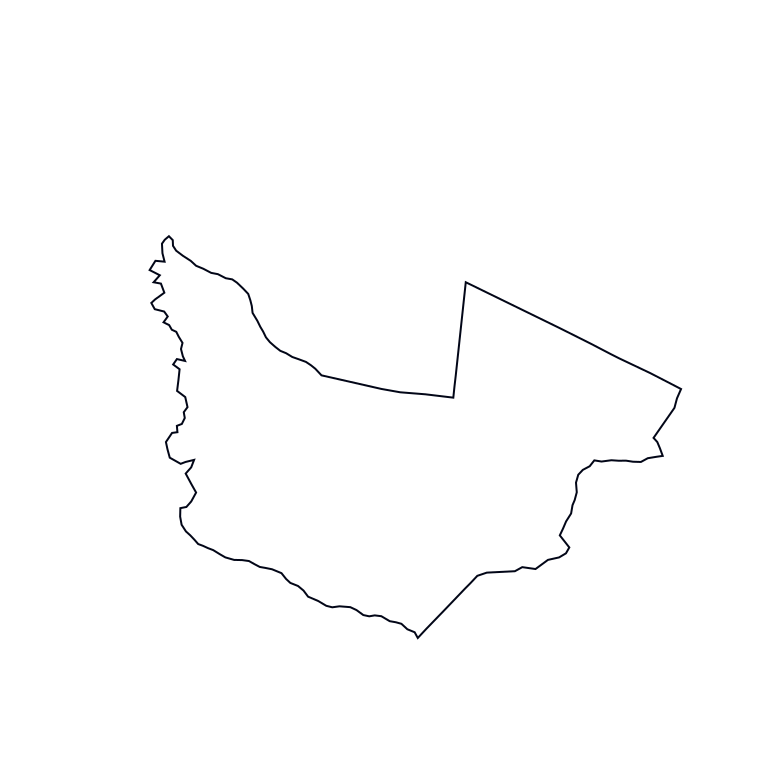 the district of Perobal, Paraná, Brazil, rotated 147°
{"feature_id": "56859067B55216023447862", "entity_name": "Perobal", "entity_type": "district", "adm_level": 2, "iso_a3": "BRA", "parent_name": "Brazil", "parent_adm1": "Paraná", "projection": "orthographic", "projection_center": [-53.337, -23.957], "detail": "fine", "context": "isolated", "style": "outline", "palette": "ink", "viewbox_px": 768, "rotation_deg": 147, "n_neighbors": 0, "source": "geoboundaries", "source_scale": "gbopen_adm2", "svg_char_len": 2278}
<svg xmlns="http://www.w3.org/2000/svg" viewBox="0 0 768 768"><g transform="rotate(147 384 384)"><path d="M483.9,625.1L489.3,624.4L493.8,622.6L498.6,614.3L501.4,606.1L508.6,611.8L518.5,607.2L515.6,602.2L512.8,597.3L521.8,594.8L516.4,589.7L518.5,580.2L529.9,579.6L535.0,578.7L535.5,571.6L528.9,564.5L528.6,558.4L535.3,555.8L532.1,550.4L532.4,545.1L529.8,540.9L530.4,535.5L530.6,528.2L535.2,523.9L537.6,516.8L538.3,511.7L544.1,517.7L550.2,515.2L547.4,507.7L554.3,499.2L561.3,490.9L557.8,481.3L561.4,471.6L567.3,469.4L569.6,464.0L575.3,460.6L580.5,461.7L583.5,456.1L588.4,458.4L598.5,454.1L601.1,447.3L603.8,438.9L598.0,427.8L592.9,426.7L584.6,423.8L591.1,419.1L599.1,416.9L600.1,404.7L600.7,395.3L609.6,390.5L616.7,388.5L622.4,390.8L627.2,383.8L630.4,376.2L630.4,368.2L628.9,362.6L627.8,356.6L627.0,351.0L623.9,346.8L621.0,342.2L617.7,337.7L614.4,330.7L611.5,325.0L605.5,318.1L598.9,313.6L593.7,309.1L590.6,303.2L587.8,298.2L583.7,294.4L578.8,289.6L573.0,281.2L572.3,273.8L570.9,268.2L566.1,261.4L564.0,254.6L563.5,247.0L557.4,237.9L553.2,229.4L549.0,224.9L542.4,221.8L533.8,215.2L530.2,209.4L527.2,201.5L522.9,197.2L517.8,195.0L512.7,190.7L508.4,182.0L503.8,177.7L500.0,173.4L498.0,165.6L493.5,159.1L494.0,152.6L481.5,155.7L457.1,161.3L427.4,168.3L420.4,169.8L410.2,172.3L400.5,169.8L376.2,155.7L367.8,155.1L357.7,146.3L342.3,147.2L331.6,143.2L323.6,142.9L317.6,146.0L319.0,161.3L312.5,165.3L306.1,169.6L297.6,173.5L291.9,179.7L287.3,182.8L281.3,188.2L276.7,196.7L270.5,202.1L264.0,203.7L256.3,203.0L249.2,205.4L243.8,200.5L234.8,196.2L228.8,191.7L222.9,188.0L217.5,183.2L211.0,178.7L203.2,178.1L195.0,174.5L189.4,171.9L187.6,179.8L186.4,186.5L187.3,192.0L153.4,205.8L146.1,212.4L137.6,218.0L154.7,248.0L172.9,277.6L177.5,285.5L188.4,304.8L206.4,335.5L260.0,424.8L319.4,351.8L326.6,343.1L333.3,334.8L355.0,352.9L374.9,368.2L388.8,381.2L431.7,425.3L433.3,434.2L435.1,439.6L437.4,445.0L442.1,451.3L446.2,456.6L449.3,463.1L452.9,468.3L455.0,474.4L456.9,481.2L457.6,487.4L456.8,493.9L456.6,499.3L455.8,506.0L455.5,515.2L452.4,521.4L450.5,527.0L448.8,533.5L450.1,540.5L452.1,549.0L454.3,554.4L459.1,558.9L463.5,566.6L468.4,571.3L472.8,579.1L477.2,585.5L479.0,592.5L482.8,601.0L485.7,609.0L485.7,614.8L482.8,619.7L483.9,625.1Z" fill="none" stroke="#020617" stroke-width="2"/></g></svg>